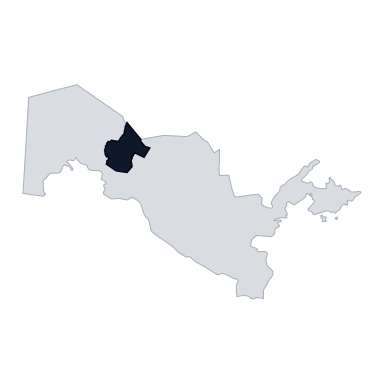 location of Takhtakupir, Karakalpakstan, Uzbekistan
{"feature_id": "79887680B8081809775743", "entity_name": "Takhtakupir", "entity_type": "district", "adm_level": 2, "iso_a3": "UZB", "parent_name": "Uzbekistan", "parent_adm1": "Karakalpakstan", "projection": "orthographic", "projection_center": [60.944, 43.185], "detail": "fine", "context": "in_parent", "style": "filled", "palette": "ink", "viewbox_px": 384, "rotation_deg": 0, "n_neighbors": 0, "source": "geoboundaries", "source_scale": "gbopen_adm2", "svg_char_len": 5235}
<svg xmlns="http://www.w3.org/2000/svg" viewBox="0 0 384 384"><path d="M309.8,163.2L315.6,159.4L319.2,161.0L319.6,162.1L316.1,164.8L312.9,166.4L312.2,169.4L309.0,171.0L306.1,175.3L301.2,179.9L301.2,180.7L301.7,181.4L303.5,181.6L307.3,183.4L310.5,181.8L311.4,182.0L312.4,183.1L313.8,186.6L315.4,187.4L320.5,188.7L324.1,188.3L326.0,188.8L326.3,188.4L325.9,183.0L327.5,183.7L329.1,182.9L329.4,180.1L328.9,178.4L330.0,177.2L330.7,177.8L330.9,179.4L332.9,180.3L334.5,182.7L335.2,185.7L338.7,186.0L339.8,185.3L340.8,185.5L341.8,189.3L342.3,189.5L345.2,188.4L348.1,189.6L351.5,192.1L354.8,191.8L355.6,192.2L357.9,191.4L360.8,191.8L361.0,192.3L360.6,193.0L354.5,197.5L353.0,200.2L351.6,201.2L347.5,200.4L347.0,202.0L347.9,203.3L347.2,205.1L345.1,204.8L344.6,204.0L342.6,204.7L340.6,207.6L339.8,209.8L337.7,210.8L335.0,213.3L333.5,211.8L331.4,212.3L328.3,210.9L326.9,210.8L314.3,214.5L313.3,214.3L311.6,211.6L308.2,210.4L308.2,209.0L314.1,202.2L314.7,200.3L312.4,199.6L312.6,197.9L307.8,193.6L307.0,193.4L306.5,193.7L305.3,197.4L294.5,204.7L292.8,204.3L290.0,202.3L288.3,201.7L286.4,203.8L286.7,206.1L284.8,208.1L287.3,214.2L287.2,215.0L285.7,215.4L287.0,217.6L286.2,218.0L280.6,217.6L274.3,219.6L274.6,220.6L280.3,219.9L281.1,220.2L281.3,221.0L281.0,221.5L278.1,222.4L277.8,223.3L279.7,226.0L279.0,226.6L277.9,226.2L277.2,228.1L275.2,228.2L274.6,233.6L273.2,235.6L271.1,236.7L257.3,235.5L253.9,237.4L251.7,240.0L250.6,245.9L250.8,246.6L256.8,248.4L258.0,251.8L265.1,251.5L266.4,252.0L267.0,252.8L267.4,253.8L265.8,259.7L267.0,264.8L268.4,267.0L272.9,271.1L273.0,273.6L272.2,275.9L271.1,277.9L269.9,278.8L268.3,281.4L267.0,284.5L264.2,288.7L263.4,290.9L263.5,297.2L262.8,299.2L262.7,298.5L261.5,297.9L258.3,297.9L257.6,297.1L253.6,298.9L251.0,298.5L248.2,296.1L243.2,295.5L236.9,296.5L236.3,290.0L236.3,285.1L238.2,281.2L238.1,280.4L236.9,279.2L233.0,278.4L228.4,275.7L224.2,273.9L221.8,273.4L219.2,274.7L216.8,274.5L205.4,267.2L195.9,262.0L189.3,256.5L186.4,257.2L178.1,252.1L172.7,246.6L155.1,234.4L151.7,231.4L150.8,229.9L149.4,222.1L147.8,218.6L145.5,216.7L143.6,213.0L140.7,203.9L139.7,202.3L134.6,198.5L131.6,197.6L129.5,198.2L128.3,199.7L126.6,199.9L119.2,198.4L111.1,199.0L103.9,194.3L103.5,193.6L103.5,192.3L104.9,189.2L104.7,187.9L103.7,186.4L103.8,184.9L104.4,184.0L105.7,184.3L106.2,183.8L106.1,182.9L104.4,181.0L101.2,179.2L101.8,178.1L102.0,175.1L102.5,173.5L102.1,173.0L99.7,170.8L91.8,170.5L89.9,169.9L88.4,169.0L87.0,165.7L86.3,164.9L80.8,163.4L75.4,157.6L74.3,160.1L73.2,160.6L69.0,159.8L66.9,161.3L71.8,167.3L72.9,169.0L72.9,170.1L71.3,170.2L70.1,167.4L69.2,166.6L64.4,164.9L62.7,166.6L62.2,168.8L60.0,172.5L57.4,173.1L51.5,173.1L49.7,173.9L48.5,174.8L46.1,178.1L43.1,180.6L43.6,191.3L45.5,194.0L43.4,196.2L23.0,193.5L28.7,97.4L56.9,89.8L76.9,84.8L121.9,115.9L123.0,117.1L123.6,119.7L124.8,121.8L140.6,139.4L163.7,135.4L187.2,136.6L195.8,131.9L203.1,139.4L207.5,141.9L214.0,152.9L219.5,149.6L219.4,163.2L219.0,167.4L219.3,175.5L228.8,175.2L231.7,188.2L234.4,196.3L236.5,197.1L254.5,194.5L255.9,195.0L258.4,194.0L260.2,196.4L262.2,198.1L261.4,203.9L263.8,206.0L269.1,208.2L272.2,207.9L272.6,206.8L272.4,205.5L271.5,204.2L271.4,202.5L271.8,201.2L274.4,196.6L278.9,191.9L279.9,190.2L280.1,187.5L281.6,185.8L285.7,183.7L286.2,182.3L290.9,178.4L296.4,175.6L298.9,173.6L301.0,170.1L304.3,166.2L305.7,166.0L306.8,166.9L307.6,166.9L309.8,163.2ZM312.2,195.4L311.3,193.8L310.4,193.3L310.0,193.6L311.6,195.5L312.2,195.4ZM326.1,221.3L322.3,221.7L322.7,219.1L321.1,218.0L320.7,216.8L320.9,215.6L321.8,215.0L323.1,216.7L326.1,217.2L325.4,219.1L326.3,220.9L326.1,221.3ZM337.4,217.1L336.9,219.5L335.1,218.7L335.3,218.1L337.4,217.1Z" fill="#d9dde1" stroke="#a8b0b8" stroke-width="1"/><path d="M116.0,170.8L127.0,172.5L132.0,166.7L132.0,166.1L131.9,165.0L131.7,164.2L131.6,163.0L131.1,162.4L131.2,162.1L131.2,160.5L131.3,159.7L131.9,158.8L132.1,157.9L132.3,157.1L132.6,156.5L132.9,156.0L133.4,154.8L133.7,154.4L134.4,153.7L134.9,152.9L144.0,157.3L149.8,147.9L145.2,146.6L140.6,141.3L140.9,139.4L140.6,139.1L140.4,138.9L137.6,135.5L136.8,134.5L135.2,132.6L134.6,131.9L133.5,130.6L133.4,130.3L132.9,129.8L131.8,128.4L131.0,127.5L130.8,127.3L130.7,127.2L130.0,126.2L129.7,126.0L129.6,125.7L128.2,124.1L127.9,123.7L127.0,122.6L125.8,125.5L125.4,126.1L125.3,127.6L125.1,127.9L125.1,129.2L124.9,129.4L124.7,129.9L124.4,130.7L124.4,132.2L124.1,132.7L124.2,133.7L123.3,135.0L122.6,135.1L121.9,136.4L121.6,137.3L121.0,137.3L120.6,137.6L120.7,138.2L120.7,138.5L120.3,138.6L120.4,139.3L120.2,139.5L119.7,139.4L119.5,140.1L119.2,140.6L118.6,140.8L118.3,141.2L117.7,141.3L117.3,141.4L117.0,141.2L116.3,141.2L115.8,140.9L115.5,141.1L114.7,140.8L114.1,140.9L113.2,140.6L112.2,140.6L111.7,140.2L111.5,140.6L111.1,140.7L109.9,141.7L108.9,141.7L108.1,141.5L107.9,142.2L107.6,142.9L107.0,143.0L106.7,143.5L106.6,143.9L106.9,144.6L106.5,145.4L106.0,145.4L105.5,145.8L105.6,146.6L105.5,147.7L105.3,148.0L105.1,148.6L104.9,149.9L104.9,150.5L104.6,151.0L104.9,151.5L105.4,151.8L105.1,152.7L105.4,152.9L105.1,153.7L105.2,154.2L105.7,155.0L105.8,155.7L106.4,156.6L106.8,155.9L107.5,155.6L107.8,155.4L108.0,155.5L108.0,156.1L107.7,156.6L108.3,158.0L109.9,158.6L107.0,160.6L106.7,163.0L106.3,164.1L116.0,170.8Z" fill="#0f172a" stroke="#020617" stroke-width="1.5"/></svg>